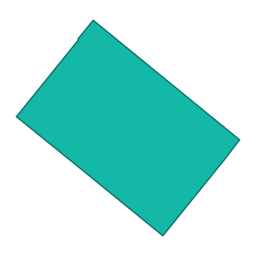 outline of Beadle, South Dakota, United States of America, rotated 39°
{"feature_id": "52423323B64363229098569", "entity_name": "Beadle", "entity_type": "district", "adm_level": 2, "iso_a3": "USA", "parent_name": "United States of America", "parent_adm1": "South Dakota", "projection": "natural_earth1", "projection_center": [-98.339, 44.415], "detail": "fine", "context": "isolated", "style": "filled", "palette": "teal", "viewbox_px": 256, "rotation_deg": 39, "n_neighbors": 0, "source": "geoboundaries", "source_scale": "gbopen_adm2", "svg_char_len": 289}
<svg xmlns="http://www.w3.org/2000/svg" viewBox="0 0 256 256"><g transform="rotate(39 128 128)"><path d="M33.2,66.2L33.1,90.1L34.1,90.6L34.2,189.4L116.3,189.4L222.9,189.8L222.8,91.4L222.1,67.0L195.0,66.9L114.1,66.6L33.2,66.2Z" fill="#14b8a6" stroke="#0f766e" stroke-width="1.5"/></g></svg>